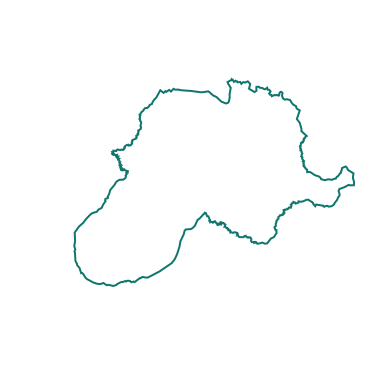 outline of Sung Noen, Nakhon Ratchasima, Thailand, rotated 231°
{"feature_id": "78962969B32197143294697", "entity_name": "Sung Noen", "entity_type": "district", "adm_level": 2, "iso_a3": "THA", "parent_name": "Thailand", "parent_adm1": "Nakhon Ratchasima", "projection": "mercator", "projection_center": [101.82, 14.879], "detail": "fine", "context": "isolated", "style": "outline", "palette": "teal", "viewbox_px": 384, "rotation_deg": 231, "n_neighbors": 0, "source": "geoboundaries", "source_scale": "gbopen_adm2", "svg_char_len": 6107}
<svg xmlns="http://www.w3.org/2000/svg" viewBox="0 0 384 384"><g transform="rotate(231 192 192)"><path d="M168.5,71.7L167.4,74.6L167.5,76.3L166.5,80.6L165.6,81.6L164.8,84.1L163.9,84.5L163.9,85.5L163.3,86.5L161.9,87.8L160.1,88.0L159.1,90.3L158.1,90.7L157.9,97.4L157.5,97.6L157.2,100.0L154.1,102.7L153.3,104.0L150.7,116.8L149.5,131.4L150.7,136.5L153.2,141.5L157.5,148.0L161.0,152.0L164.4,159.1L166.7,162.1L166.8,163.6L163.9,167.8L163.6,170.0L163.9,173.0L166.8,178.7L166.6,181.0L167.6,187.8L167.2,188.3L167.8,188.9L166.8,189.5L163.6,188.5L162.8,189.4L159.7,188.5L158.9,187.5L158.5,188.2L157.1,187.2L157.0,188.1L155.9,188.5L155.7,189.1L155.0,189.0L154.8,189.8L155.2,190.4L154.8,191.5L150.2,191.1L149.7,192.2L150.9,192.5L150.1,193.3L150.3,194.4L149.9,194.5L149.5,193.5L148.6,194.1L150.5,195.3L150.1,195.7L149.5,195.3L148.7,195.7L148.8,196.3L148.2,196.9L145.9,197.4L145.9,196.8L145.2,196.8L144.5,195.5L144.2,196.0L143.1,196.0L141.9,196.8L141.6,196.3L140.6,196.8L140.5,196.4L139.6,196.2L139.4,196.7L138.3,196.7L138.3,197.4L137.9,197.5L136.4,196.3L136.0,197.2L134.4,198.2L133.9,199.9L131.7,201.5L130.7,201.2L130.8,200.4L130.0,200.5L129.8,200.0L129.6,200.4L127.3,200.3L124.5,203.5L124.7,205.2L124.2,206.1L123.6,205.8L123.4,206.1L121.7,206.4L121.5,207.1L120.7,207.5L120.8,208.1L119.8,208.8L118.0,208.5L116.9,207.1L115.3,207.0L114.4,208.3L113.5,208.2L113.6,209.1L112.9,209.3L113.1,210.0L112.4,210.4L111.0,210.1L110.2,210.8L108.4,214.9L106.2,215.9L104.7,218.1L106.2,224.0L105.4,227.2L106.9,232.0L108.2,232.7L109.2,233.7L110.1,233.0L111.2,233.6L112.3,233.6L112.8,234.2L112.8,235.8L114.4,236.8L115.2,238.4L116.3,239.1L116.4,240.5L117.0,241.0L116.9,242.5L118.3,243.5L118.1,245.2L118.5,245.9L117.1,248.0L117.4,250.4L117.8,250.7L118.2,250.3L118.2,251.0L119.2,251.1L120.4,251.9L120.1,252.7L119.3,253.1L119.3,254.1L118.8,254.7L119.0,255.3L118.6,255.5L118.4,256.6L118.9,257.3L118.8,258.0L117.6,259.0L118.8,260.7L119.8,260.8L119.6,261.5L120.4,262.3L119.9,263.5L120.5,264.5L119.5,264.8L119.2,265.4L117.8,265.2L116.8,267.8L117.7,268.9L116.0,270.3L114.7,272.7L114.0,275.9L112.9,277.5L107.7,279.2L106.8,278.8L103.4,278.8L104.1,280.6L98.7,285.4L98.0,285.1L97.2,285.6L97.1,286.8L96.0,288.6L94.6,289.0L93.0,291.8L93.0,294.9L93.7,295.9L94.5,299.7L95.9,302.2L96.4,304.4L97.6,305.4L100.4,306.5L101.6,308.4L99.9,313.2L98.9,318.3L97.8,318.9L95.4,322.1L97.6,324.1L101.8,326.0L104.9,329.2L111.0,327.1L113.6,327.7L115.1,327.5L116.2,323.8L114.3,321.4L114.3,320.7L113.1,319.7L113.3,318.8L112.4,315.3L112.7,314.1L111.9,312.1L112.7,311.0L113.4,308.5L116.2,305.8L117.5,302.7L120.7,300.4L121.9,300.8L124.0,300.5L127.9,298.0L132.3,296.7L133.7,295.9L134.9,294.0L137.0,295.5L138.4,295.0L139.2,295.3L140.3,294.9L141.0,295.6L142.1,295.1L142.6,295.3L143.1,296.5L144.2,296.6L144.9,297.8L145.9,297.5L145.9,298.3L146.5,298.0L146.9,298.4L148.5,298.5L149.4,299.6L150.8,299.3L150.9,300.0L151.9,300.5L152.7,302.1L153.4,302.0L155.1,302.9L155.9,302.5L156.0,302.9L156.5,302.9L156.7,303.8L158.3,303.8L158.8,304.9L159.7,304.8L159.8,305.7L161.5,307.6L161.0,308.6L161.4,309.1L160.8,309.5L161.0,309.9L161.4,309.8L161.3,310.7L162.1,311.8L162.5,311.6L162.8,312.1L162.7,312.7L163.2,313.2L162.9,313.7L163.5,314.9L163.3,316.4L170.4,315.3L172.2,316.8L178.1,319.3L182.7,319.4L187.6,327.1L190.4,326.0L191.8,326.1L193.3,326.9L196.0,325.7L198.6,325.6L201.7,326.1L204.5,324.0L205.3,322.3L207.4,321.6L210.0,322.4L211.9,324.6L213.6,324.5L214.1,323.7L213.8,322.1L212.3,320.6L212.3,320.0L214.1,319.0L214.4,317.9L215.5,317.1L216.2,314.3L217.5,314.8L218.5,313.9L220.1,314.0L220.6,316.3L222.8,316.4L223.8,315.2L225.7,316.0L225.8,313.5L226.7,312.7L228.6,312.1L230.4,310.3L231.4,310.3L232.6,309.2L233.1,308.1L230.1,305.8L230.3,303.5L236.4,301.3L239.3,305.2L242.9,305.0L243.7,302.0L245.0,301.2L245.2,300.4L245.0,298.4L247.2,298.7L248.3,296.7L249.8,296.6L250.0,295.9L251.1,295.8L251.2,293.9L253.7,294.3L253.8,293.5L254.6,293.6L254.3,292.9L255.1,288.8L253.2,288.2L248.6,287.7L244.2,282.6L242.0,281.1L239.1,277.6L238.7,276.1L239.4,274.1L244.0,271.6L250.4,270.8L253.8,269.2L259.9,268.1L263.2,262.5L264.7,260.9L271.3,254.7L277.6,247.9L280.3,245.7L282.1,243.3L283.8,242.6L283.3,238.9L285.7,238.5L286.0,235.0L287.1,234.8L286.9,232.3L291.0,231.4L287.9,223.8L287.5,220.4L286.5,217.6L285.6,216.4L286.3,213.9L285.6,212.5L285.4,210.3L286.7,208.3L286.4,206.3L285.8,205.3L286.0,203.2L285.5,202.4L285.5,201.3L284.6,200.5L284.7,200.0L284.2,200.2L283.5,198.9L282.4,198.3L281.9,197.1L281.0,196.9L280.9,197.1L279.6,196.4L278.8,196.6L277.6,196.0L275.9,193.6L274.1,193.0L273.3,191.8L273.6,188.9L272.5,188.6L272.3,187.7L271.3,187.1L271.4,186.5L270.9,186.4L271.2,186.0L270.4,185.3L270.7,184.0L269.2,183.3L269.3,182.7L268.7,182.3L269.9,178.4L269.4,177.6L268.8,177.5L268.6,176.4L267.2,175.9L267.3,174.9L266.8,173.8L267.6,173.2L267.7,172.1L268.3,171.7L269.0,172.0L269.8,169.8L269.6,168.0L268.6,167.7L268.8,166.8L268.5,166.0L268.0,165.9L268.1,164.7L269.3,164.0L269.8,162.5L271.9,160.9L272.0,160.0L271.5,158.9L273.6,157.0L272.8,156.4L273.3,155.3L272.2,155.3L272.3,154.1L271.2,153.8L270.1,154.5L270.2,154.9L270.8,154.8L270.3,155.5L269.1,155.4L268.6,156.1L267.9,155.7L267.8,156.8L267.0,155.9L266.1,156.9L265.8,155.4L264.9,155.6L265.0,156.1L264.5,155.8L264.1,156.1L264.2,155.1L263.7,154.8L263.2,155.4L262.5,155.4L261.4,155.1L261.2,154.5L260.4,154.9L260.1,154.0L258.5,154.0L259.2,153.5L258.7,152.8L258.1,153.6L257.4,153.2L257.5,152.8L256.8,152.8L256.7,152.3L255.1,152.5L256.0,151.6L254.7,151.1L254.5,151.7L253.9,151.2L253.4,151.7L253.2,151.1L252.3,151.8L252.7,152.9L252.2,153.7L251.1,153.5L248.5,155.3L247.9,154.6L248.8,154.4L248.2,152.8L247.0,152.6L246.7,150.9L246.0,150.7L244.7,149.1L244.9,146.3L247.2,143.2L247.6,139.7L246.3,136.2L245.0,129.7L242.7,126.5L241.3,123.4L240.3,122.9L241.1,120.4L240.3,119.3L239.3,119.1L238.2,115.2L236.5,111.7L237.2,108.1L236.5,105.6L238.4,101.1L238.4,98.4L237.5,91.7L236.5,88.1L236.3,82.5L234.3,75.3L227.5,70.3L224.1,66.5L220.9,65.2L219.7,63.2L218.6,62.9L211.7,58.0L208.6,57.4L207.4,56.7L203.9,56.8L198.7,54.8L198.5,55.5L197.1,55.9L192.6,55.3L190.4,55.6L183.6,58.4L179.9,60.9L177.8,63.5L177.1,65.9L173.3,67.0L172.3,68.8L168.5,71.7Z" fill="none" stroke="#0f766e" stroke-width="2"/></g></svg>